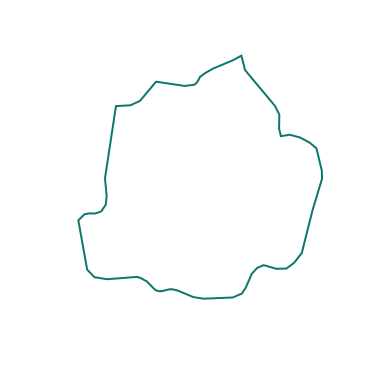 map outline of Biella (Robinson projection), rotated 60°
{"feature_id": "ITA-5435", "entity_name": "Biella", "entity_type": "Province", "adm_level": 1, "iso_a3": "ITA", "parent_name": "Italy", "parent_adm1": "", "projection": "robinson", "projection_center": [8.102, 45.568], "detail": "fine", "context": "isolated", "style": "outline", "palette": "teal", "viewbox_px": 384, "rotation_deg": 60, "n_neighbors": 0, "source": "natural_earth", "source_scale": "10m", "svg_char_len": 846}
<svg xmlns="http://www.w3.org/2000/svg" viewBox="0 0 384 384"><g transform="rotate(60 192 192)"><path d="M216.4,62.4L238.4,68.9L245.5,72.7L268.3,97.0L299.8,127.5L304.4,139.1L305.5,148.5L300.6,157.5L295.2,162.6L291.2,166.5L290.3,173.5L292.7,181.1L301.6,193.1L304.9,199.6L303.7,209.5L290.2,235.3L283.7,243.4L269.9,253.9L266.2,257.9L264.7,261.0L262.7,268.0L260.9,270.9L257.8,273.0L246.9,275.8L240.8,279.5L238.0,282.1L225.1,309.1L217.0,319.1L206.8,321.6L159.7,304.6L157.5,296.3L159.3,291.3L162.2,286.8L163.4,280.3L159.9,273.1L152.6,267.8L136.6,260.5L79.6,214.9L86.1,202.0L87.1,191.6L78.5,168.0L96.5,145.3L100.3,136.3L99.8,133.7L98.9,131.5L96.3,127.5L95.6,121.6L95.6,112.3L98.4,90.4L98.6,81.1L113.0,85.1L159.0,77.1L168.7,77.7L180.5,84.8L188.1,87.1L191.3,78.7L198.9,71.1L208.2,65.4L216.4,62.4Z" fill="none" stroke="#0f766e" stroke-width="2"/></g></svg>